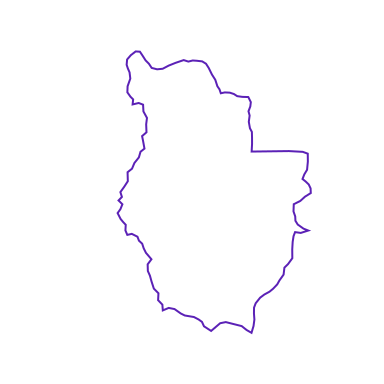 Dourado, São Paulo, Brazil (Natural Earth projection), rotated 33°
{"feature_id": "56859067B42142271375919", "entity_name": "Dourado", "entity_type": "district", "adm_level": 2, "iso_a3": "BRA", "parent_name": "Brazil", "parent_adm1": "São Paulo", "projection": "natural_earth1", "projection_center": [-48.341, -22.121], "detail": "fine", "context": "isolated", "style": "outline", "palette": "violet", "viewbox_px": 384, "rotation_deg": 33, "n_neighbors": 0, "source": "geoboundaries", "source_scale": "gbopen_adm2", "svg_char_len": 1907}
<svg xmlns="http://www.w3.org/2000/svg" viewBox="0 0 384 384"><g transform="rotate(33 192 192)"><path d="M68.2,104.8L66.2,110.5L65.4,116.2L67.9,120.9L70.9,123.3L74.5,125.7L78.5,130.5L80.4,138.4L83.5,143.6L88.5,145.6L92.2,146.4L94.5,150.9L98.8,146.4L103.4,145.4L107.4,150.9L113.9,154.4L116.7,160.2L121.3,166.7L119.7,172.3L123.6,176.3L128.5,181.5L126.9,186.3L128.6,191.9L127.9,199.0L129.0,205.1L127.2,210.5L132.3,217.9L132.3,224.4L132.0,231.1L135.9,234.3L135.0,239.1L140.3,240.2L141.3,245.3L141.1,250.2L146.8,253.5L150.6,254.7L154.3,255.6L157.1,260.5L161.1,263.2L164.3,259.9L170.6,259.2L174.0,261.7L178.4,262.5L182.1,265.5L186.5,268.1L190.9,269.4L194.6,270.5L194.2,276.8L198.0,282.3L202.3,285.1L206.7,289.0L212.6,293.8L219.0,295.2L222.5,301.2L228.5,302.6L232.0,307.2L235.6,301.9L241.1,299.7L248.8,300.0L253.2,299.5L261.7,295.8L267.0,295.3L271.1,295.5L275.2,298.1L283.7,298.1L287.1,286.7L291.2,282.7L300.0,279.7L306.7,277.4L312.9,278.0L318.6,277.7L316.6,270.9L313.8,265.0L310.1,260.1L307.0,255.2L306.0,250.6L306.7,243.5L308.5,238.6L311.3,233.4L312.7,229.0L313.8,223.0L313.5,218.5L313.8,211.4L310.7,205.1L311.8,200.2L312.2,192.9L307.3,185.5L303.6,179.0L301.2,173.7L300.3,169.5L305.5,167.1L310.5,161.0L305.5,162.0L298.4,161.7L294.4,159.8L291.9,156.3L287.7,153.0L284.0,146.8L287.7,140.5L289.3,134.4L292.2,128.2L289.5,124.4L285.8,122.1L281.6,121.3L277.6,120.9L276.6,116.1L276.4,110.7L272.6,103.4L268.2,96.8L263.0,98.0L251.0,104.9L220.0,125.6L216.2,119.0L212.8,113.8L209.5,109.0L205.9,107.0L201.4,102.2L198.7,96.5L195.4,93.5L194.3,88.5L192.4,84.6L187.5,81.7L182.4,84.8L177.7,87.0L173.8,87.0L169.6,88.1L165.3,90.6L162.4,93.5L159.1,90.9L155.7,89.5L150.4,85.2L144.7,82.6L138.5,78.9L133.9,76.8L129.4,76.9L124.4,79.4L121.0,81.3L117.9,84.6L113.2,85.9L107.9,92.6L103.6,98.7L100.3,104.6L95.9,108.1L90.6,109.9L86.0,107.9L81.4,106.9L75.9,104.4L71.9,102.7L68.2,104.8Z" fill="none" stroke="#5b21b6" stroke-width="2"/></g></svg>